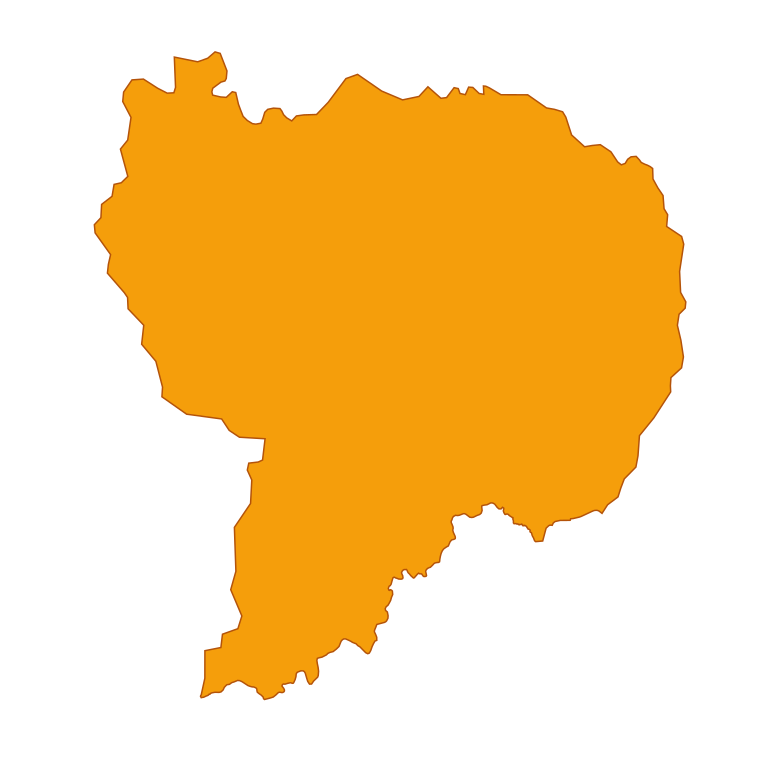 outline of Piedras Coloradas, Paysandú, Uruguay, rotated 3°
{"feature_id": "84410073B64308105297913", "entity_name": "Piedras Coloradas", "entity_type": "district", "adm_level": 2, "iso_a3": "URY", "parent_name": "Uruguay", "parent_adm1": "Paysandú", "projection": "equal_earth", "projection_center": [-57.507, -32.344], "detail": "fine", "context": "isolated", "style": "filled", "palette": "amber", "viewbox_px": 768, "rotation_deg": 3, "n_neighbors": 0, "source": "geoboundaries", "source_scale": "gbopen_adm2", "svg_char_len": 6118}
<svg xmlns="http://www.w3.org/2000/svg" viewBox="0 0 768 768"><g transform="rotate(3 384 384)"><path d="M598.5,140.3L587.5,133.7L579.6,134.9L571.9,136.6L558.3,125.5L551.6,108.0L548.1,102.8L539.9,100.8L531.8,99.8L512.4,87.7L485.7,89.0L473.6,82.7L470.1,81.3L467.7,81.2L468.5,89.5L463.8,88.9L457.2,83.2L453.0,83.1L450.1,90.8L444.7,89.9L442.7,85.1L438.5,84.4L431.5,94.7L425.9,95.7L412.3,84.9L403.9,95.0L387.7,99.3L366.4,91.6L341.4,76.2L330.0,81.0L313.5,105.7L302.5,118.4L289.7,119.5L282.5,120.9L278.1,126.1L272.9,123.3L269.6,120.3L267.7,116.8L265.7,114.4L259.2,114.3L253.5,115.8L250.7,118.9L249.0,125.9L247.4,130.0L242.4,131.2L239.0,130.9L233.7,128.0L229.3,124.1L226.5,118.0L224.0,112.2L220.7,100.7L217.2,100.1L211.5,106.0L205.8,105.9L197.8,104.5L196.8,101.3L197.5,97.6L205.3,91.1L209.3,89.7L210.5,87.2L210.8,79.6L203.1,62.4L197.9,61.2L190.9,67.9L181.1,72.0L157.5,68.5L160.3,98.7L158.9,104.2L152.3,104.9L142.5,100.5L127.8,92.1L116.4,93.5L108.7,106.1L108.3,115.6L117.4,131.0L115.3,153.8L108.5,163.2L117.3,190.1L111.1,196.8L104.0,198.8L102.6,210.8L92.6,219.4L92.6,232.7L86.4,240.1L87.6,248.2L104.2,269.1L102.5,278.9L102.0,287.8L119.9,306.4L123.4,311.0L124.5,322.3L141.0,337.9L139.9,357.0L155.0,373.3L163.0,398.7L162.9,408.4L188.5,424.5L223.7,427.4L231.9,438.5L242.4,444.7L268.1,444.9L266.7,466.3L262.5,468.5L253.1,470.1L252.0,477.1L257.0,486.8L257.0,510.3L242.1,535.0L245.9,578.8L241.7,597.4L254.2,623.1L250.9,636.0L235.8,642.3L234.9,655.7L219.1,659.7L220.5,687.2L217.9,703.0L217.9,703.7L217.3,704.6L217.1,705.5L217.9,706.8L218.5,706.6L220.4,706.2L222.8,704.9L224.2,704.3L225.1,703.7L225.5,703.0L226.4,702.9L227.0,702.1L228.1,701.5L231.3,700.7L235.5,700.6L237.4,700.0L239.4,697.9L240.4,695.3L242.7,692.6L245.4,692.0L247.6,690.2L250.0,689.3L253.3,687.7L255.5,687.8L257.8,688.7L264.0,692.3L266.3,693.0L268.3,693.4L269.4,693.3L270.7,693.7L272.0,694.2L272.8,695.0L273.0,695.7L273.2,697.1L273.6,698.4L275.5,699.8L277.8,701.2L279.8,703.1L280.2,704.6L281.2,705.3L286.6,703.6L289.8,702.4L292.4,700.1L294.4,697.9L295.5,697.3L296.7,697.3L297.9,697.5L299.0,697.4L300.2,696.6L300.6,695.8L300.6,694.8L299.8,693.2L298.0,691.1L298.0,690.3L298.3,689.6L299.1,688.9L300.9,688.9L303.7,687.9L306.3,687.2L308.1,687.7L309.1,687.5L309.5,686.9L310.7,683.9L311.4,680.8L311.5,678.1L312.3,676.6L313.1,676.1L316.0,674.8L318.3,674.7L319.5,675.4L320.5,676.9L322.3,682.1L323.4,685.0L325.3,687.6L327.4,687.4L329.3,684.3L333.1,680.2L333.6,678.5L333.7,674.3L333.0,670.3L332.1,666.9L331.4,663.5L331.8,661.5L333.1,660.9L336.4,660.0L340.7,657.5L342.0,656.0L344.0,654.9L347.2,653.9L350.3,651.2L352.8,648.5L354.6,643.2L355.8,641.6L357.1,640.7L359.1,640.6L362.3,641.8L364.4,642.7L365.9,643.6L369.8,644.9L371.5,646.6L373.8,647.8L375.5,649.4L379.8,653.3L381.9,654.2L383.4,653.5L384.7,650.9L385.9,646.8L387.1,643.8L388.5,641.1L390.2,640.4L390.0,637.3L388.7,634.4L387.5,632.2L387.3,631.2L387.7,629.6L388.3,628.0L389.4,624.5L397.1,622.0L398.2,621.3L399.0,620.4L400.2,617.7L400.2,615.1L399.3,611.5L397.4,610.0L397.0,608.3L397.8,606.3L399.5,604.8L400.7,602.5L402.0,599.6L402.6,596.8L403.7,593.7L403.2,590.3L402.3,589.5L401.3,589.1L400.7,589.3L400.5,589.8L399.8,589.7L399.0,588.1L399.3,586.7L400.0,585.3L400.7,585.1L401.6,583.5L402.6,578.9L403.1,577.1L403.7,576.6L404.5,576.4L405.8,577.1L406.9,577.3L408.9,578.0L411.4,578.0L412.7,577.5L413.1,576.6L412.7,574.4L411.9,573.0L411.4,571.6L411.8,570.2L412.3,569.5L413.0,568.7L413.9,568.2L414.8,568.3L415.9,568.0L416.8,568.8L417.3,570.1L418.1,571.3L419.5,572.5L420.8,574.0L423.5,576.2L424.6,575.8L425.3,574.6L426.1,573.8L427.4,572.0L428.5,571.1L429.1,571.6L431.5,571.7L433.3,573.9L434.0,574.2L435.1,574.1L436.1,573.8L436.5,573.0L435.4,569.0L435.6,567.9L437.0,566.0L438.5,565.1L439.9,564.6L441.9,562.5L443.5,560.5L444.5,560.0L446.3,559.5L447.5,559.4L448.7,558.8L448.9,557.9L448.9,556.4L449.3,553.2L449.9,550.3L450.9,547.6L452.2,545.6L453.7,544.4L455.0,543.4L456.7,542.4L458.2,538.2L459.7,536.2L462.1,535.4L463.2,534.7L463.3,533.9L463.0,532.4L461.0,528.5L460.3,526.3L460.6,524.5L460.4,523.1L459.2,520.4L458.4,518.9L458.3,517.7L458.5,516.8L459.0,516.1L459.2,514.8L459.6,513.7L460.5,512.4L461.3,512.1L462.1,511.4L464.5,511.5L466.2,511.1L469.9,509.4L471.3,509.3L472.5,509.7L476.6,512.5L478.6,512.7L480.4,512.3L483.8,510.4L486.4,509.3L487.9,507.8L488.6,505.1L488.1,502.1L488.0,500.8L488.4,500.3L490.5,499.7L493.2,499.2L496.7,497.2L497.3,497.1L498.9,497.2L500.6,498.0L501.2,498.5L502.2,499.8L502.8,500.3L503.1,500.9L505.1,502.6L506.3,502.7L507.5,502.5L507.9,502.3L508.4,501.3L508.8,500.9L510.0,501.6L510.2,502.4L509.9,503.8L509.8,504.5L510.0,505.0L510.6,506.5L511.2,507.1L511.3,507.5L511.7,507.9L512.2,507.9L513.4,507.4L514.4,507.5L515.4,508.0L515.6,508.5L516.0,508.8L518.8,510.4L519.1,510.7L519.7,510.7L519.8,511.0L519.8,512.3L520.4,513.9L520.5,515.9L521.2,516.7L523.3,516.5L523.9,516.9L524.2,516.9L524.7,516.7L525.1,517.0L525.6,517.0L526.2,517.6L526.4,517.6L526.6,517.2L527.8,517.2L528.9,516.7L529.1,516.9L529.0,517.1L529.6,517.6L530.0,518.2L530.4,518.1L531.1,518.3L531.3,517.8L531.9,517.8L532.8,518.2L533.0,518.4L533.8,518.8L534.1,519.5L534.6,519.9L534.8,520.5L535.3,520.9L535.3,521.1L535.5,521.4L536.5,521.5L537.5,522.2L537.5,522.5L537.5,522.8L537.6,523.0L537.5,523.7L537.7,524.1L538.1,524.4L538.9,524.7L539.1,525.1L540.0,527.7L540.5,528.6L541.0,529.3L541.4,530.0L542.6,532.7L543.7,533.5L550.7,532.5L553.4,519.6L553.7,519.2L555.8,517.0L556.5,516.5L558.0,516.2L559.4,516.3L560.2,514.2L560.4,513.9L562.0,512.4L567.1,511.0L576.9,510.4L577.2,510.2L577.4,508.8L579.8,508.5L586.0,506.7L587.9,505.9L598.8,500.1L600.6,499.3L601.9,499.1L603.2,499.0L604.7,499.3L605.8,499.9L608.5,501.8L613.6,492.9L623.6,484.5L625.9,475.6L628.9,466.2L639.9,453.8L641.4,442.4L641.8,422.2L655.2,403.8L670.7,376.9L670.1,370.8L670.2,362.6L680.3,352.3L681.6,341.3L678.2,324.8L673.9,310.0L675.0,298.9L680.8,292.5L681.1,286.2L675.4,277.0L673.3,256.1L676.0,228.7L673.5,221.1L658.0,211.9L658.4,200.1L654.5,194.3L652.8,181.2L647.2,173.8L641.9,165.2L641.0,154.7L638.5,153.0L635.6,151.7L633.0,150.9L629.3,149.3L627.3,146.8L623.9,143.5L618.8,144.2L615.6,146.8L613.3,151.1L609.5,152.7L605.7,150.0L598.5,140.3Z" fill="#f59e0b" stroke="#b45309" stroke-width="1.5"/></g></svg>